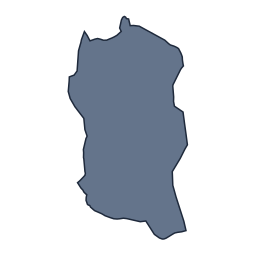 Dandi, Kebbi, Nigeria, rotated 179°
{"feature_id": "59680162B35628626888177", "entity_name": "Dandi", "entity_type": "district", "adm_level": 2, "iso_a3": "NGA", "parent_name": "Nigeria", "parent_adm1": "Kebbi", "projection": "equal_earth", "projection_center": [3.827, 11.863], "detail": "fine", "context": "isolated", "style": "filled", "palette": "slate", "viewbox_px": 256, "rotation_deg": 179, "n_neighbors": 0, "source": "geoboundaries", "source_scale": "gbopen_adm2", "svg_char_len": 1885}
<svg xmlns="http://www.w3.org/2000/svg" viewBox="0 0 256 256"><g transform="rotate(179 128 128)"><path d="M111.8,34.7L103.5,21.2L98.5,17.5L95.7,16.4L94.1,16.4L92.0,17.1L89.4,18.6L85.7,20.8L83.2,22.2L80.3,22.8L76.1,23.3L71.8,24.4L73.8,33.8L81.2,58.3L84.2,69.9L84.5,83.6L76.3,96.7L71.7,105.5L68.9,110.2L70.0,119.9L71.4,131.6L71.7,134.3L72.7,143.0L81.2,149.0L82.0,153.7L81.8,158.3L82.5,169.1L82.2,170.6L80.7,173.4L79.8,175.2L79.0,176.7L78.3,178.1L74.4,185.6L73.3,187.1L73.2,187.3L72.9,187.6L72.6,187.9L72.4,188.1L72.2,188.4L72.1,188.5L71.9,188.8L71.5,189.1L71.8,190.6L72.1,192.7L72.4,195.1L72.5,198.1L73.1,200.0L73.9,202.1L76.1,206.5L77.5,207.5L79.0,208.3L80.7,209.1L84.2,210.3L85.9,211.6L89.7,215.2L115.0,229.6L120.7,230.4L124.0,230.3L125.5,237.0L127.7,237.4L128.3,238.7L128.8,239.1L129.8,239.6L131.4,238.6L132.7,236.1L134.6,228.1L133.1,224.7L137.4,220.9L139.0,220.0L140.3,219.3L142.7,218.2L144.6,217.5L147.8,216.2L151.1,216.2L153.8,217.2L156.8,218.0L159.7,217.4L161.4,216.8L164.5,215.8L167.2,221.2L169.9,225.2L173.0,217.1L173.6,214.3L174.4,211.8L176.1,206.1L177.9,185.9L181.0,181.8L182.8,181.2L185.8,180.1L186.0,176.1L187.1,165.5L185.3,158.5L180.7,150.2L172.0,138.4L171.1,127.0L170.9,126.5L169.1,120.8L169.2,120.1L170.2,118.2L173.0,107.2L172.8,104.1L173.0,99.2L172.7,97.8L171.8,85.2L171.4,83.5L171.9,81.4L173.9,79.3L177.2,76.0L179.4,74.2L175.9,68.5L174.6,67.2L174.4,67.0L174.3,66.8L174.1,66.5L173.9,66.3L173.8,66.0L173.7,65.7L173.6,65.4L173.5,65.2L173.4,64.9L173.1,64.7L172.8,64.4L172.7,64.1L172.3,63.8L171.9,63.3L171.5,63.1L171.3,62.7L170.8,62.4L170.4,62.0L171.0,59.3L171.2,56.3L170.5,54.4L170.0,52.6L169.5,52.0L168.8,51.6L168.1,51.4L167.7,51.2L167.4,50.8L167.2,50.4L167.0,49.9L166.7,49.4L162.9,46.0L156.1,42.9L154.7,42.1L152.5,40.7L147.6,38.8L143.8,37.5L140.4,37.2L137.7,37.4L134.2,37.9L130.7,37.4L117.4,34.1L111.8,34.7Z" fill="#64748b" stroke="#1e293b" stroke-width="1.5"/></g></svg>